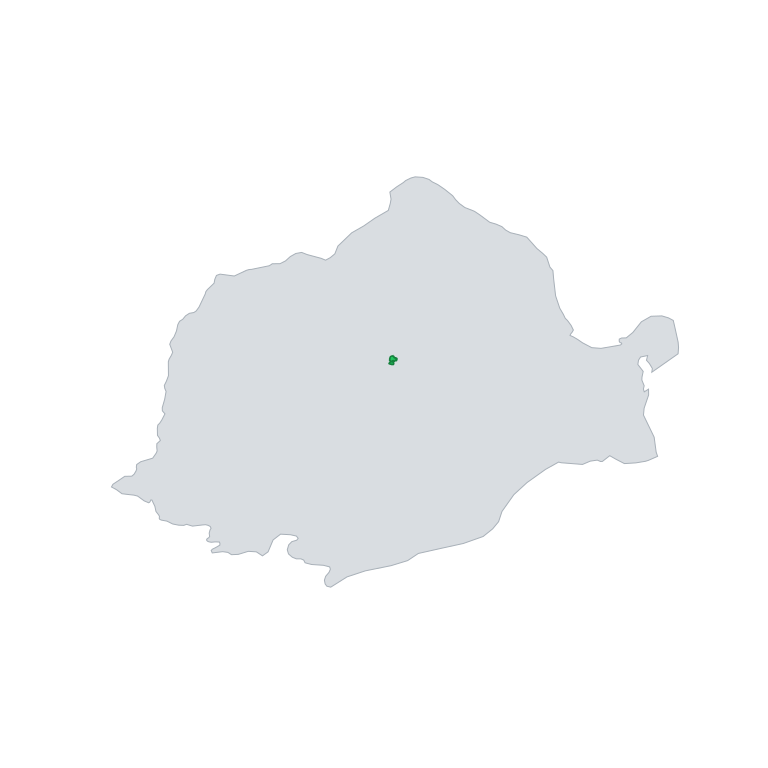 Ulies, Harghita, Romania (highlighted), rotated 337°
{"feature_id": "2599482B10637984769645", "entity_name": "Ulies", "entity_type": "district", "adm_level": 2, "iso_a3": "ROU", "parent_name": "Romania", "parent_adm1": "Harghita", "projection": "natural_earth1", "projection_center": [25.262, 46.196], "detail": "fine", "context": "in_parent", "style": "filled", "palette": "green", "viewbox_px": 768, "rotation_deg": 337, "n_neighbors": 0, "source": "geoboundaries", "source_scale": "gbopen_adm2", "svg_char_len": 5569}
<svg xmlns="http://www.w3.org/2000/svg" viewBox="0 0 768 768"><g transform="rotate(337 384 384)"><path d="M582.8,423.6L589.4,431.7L597.7,436.0L616.8,440.5L618.5,440.0L618.7,439.2L617.4,438.0L617.2,436.5L618.1,434.6L620.7,434.5L625.0,436.2L633.2,433.8L645.2,427.3L656.3,426.0L666.4,429.9L671.7,434.3L675.1,438.5L674.2,443.7L673.6,447.0L671.1,460.4L669.4,465.5L666.5,471.1L635.1,477.8L637.1,474.6L636.3,468.9L634.9,464.7L637.8,460.8L630.7,459.4L627.6,461.5L625.3,465.2L627.5,473.7L624.2,478.4L622.9,481.1L622.8,487.3L620.8,490.0L620.5,492.9L625.5,492.1L623.3,497.5L614.0,507.9L610.7,514.0L611.9,538.5L607.9,553.1L607.6,557.5L597.5,557.6L594.5,557.3L585.0,555.0L574.2,551.2L567.9,543.6L563.8,538.2L554.8,540.6L553.1,540.0L550.6,537.4L543.7,535.6L535.3,535.6L516.3,525.7L514.2,524.1L499.4,525.7L477.2,530.6L460.3,536.6L442.8,547.4L435.7,555.5L427.4,559.8L415.7,563.1L394.7,561.8L372.9,557.7L349.4,553.4L336.8,555.8L319.6,554.0L293.8,548.7L274.6,547.1L255.6,550.2L252.4,547.8L251.7,545.1L252.5,541.3L255.2,538.2L259.8,535.9L262.3,533.5L262.5,531.1L257.4,527.2L246.9,521.9L242.6,518.6L241.5,517.7L241.3,514.7L239.1,512.4L235.0,510.7L231.9,507.6L229.7,503.1L230.2,498.8L233.5,494.8L237.6,493.1L242.6,493.7L244.7,492.5L243.9,489.7L239.0,486.2L230.1,481.8L221.0,484.2L211.7,493.2L205.0,494.7L200.9,488.6L193.7,485.0L183.3,483.9L176.9,481.5L174.5,478.0L170.0,475.3L159.9,472.4L159.9,469.7L161.5,469.0L165.1,468.8L169.9,468.2L170.7,466.6L170.8,465.2L167.0,463.4L163.2,462.2L161.2,460.9L160.0,459.6L159.7,458.2L160.9,457.2L162.4,457.1L163.9,456.3L164.8,453.0L166.9,450.3L168.4,449.3L168.4,447.3L166.9,445.4L164.8,443.8L161.8,442.8L152.2,440.0L147.4,436.0L144.5,435.9L139.8,433.7L134.8,430.3L130.6,425.4L125.9,422.3L124.7,421.0L124.6,419.8L125.5,418.4L125.5,416.9L124.3,412.2L125.3,407.1L125.1,402.4L125.1,400.3L124.2,399.6L123.4,400.3L122.2,401.2L121.0,401.4L117.6,397.9L113.4,390.9L110.4,388.6L104.7,385.4L99.9,382.6L96.5,376.8L92.9,372.3L95.3,370.4L109.3,367.7L115.8,370.3L118.7,369.4L121.6,367.3L123.2,365.6L123.5,363.8L124.9,361.5L129.7,360.5L142.1,361.9L147.2,358.7L149.0,357.0L150.2,353.2L151.6,350.2L156.1,348.6L156.1,345.8L155.4,342.8L158.1,336.1L159.8,333.4L162.3,332.4L165.4,330.3L170.7,325.9L169.5,322.1L170.6,319.2L176.2,312.3L180.5,305.7L180.5,302.4L181.2,299.5L184.9,296.3L188.8,292.2L194.2,279.2L196.0,277.1L199.4,274.6L201.9,272.2L202.3,263.7L204.7,261.2L209.2,258.5L213.7,254.1L217.4,248.8L220.3,246.4L224.0,245.8L228.0,243.7L232.5,242.9L236.9,243.9L239.6,243.4L243.8,240.9L254.6,231.3L256.1,229.4L258.3,228.1L267.0,224.8L269.2,221.5L272.2,218.6L276.0,218.8L288.4,226.1L301.8,225.6L304.3,225.9L305.1,226.1L306.7,226.7L324.5,230.3L327.3,229.9L328.0,229.6L335.2,232.6L341.5,232.2L347.5,230.1L353.8,229.4L359.6,230.7L363.9,234.9L375.3,243.8L378.6,247.2L383.9,246.7L389.6,245.0L395.5,239.0L413.4,232.2L427.1,230.6L440.4,227.8L455.8,225.9L460.3,220.3L462.7,216.6L464.4,209.6L472.7,207.5L480.6,206.1L483.4,205.2L489.2,204.9L493.6,205.5L500.5,209.0L505.4,213.3L507.4,216.8L511.5,221.6L515.9,228.5L520.8,237.6L521.9,242.2L523.8,247.2L527.4,253.2L534.3,259.9L535.3,261.2L538.4,266.0L544.5,276.4L549.6,280.6L554.0,285.2L556.1,289.8L559.3,294.0L566.7,299.5L572.8,304.6L577.7,319.1L581.1,325.7L583.3,330.8L582.4,341.2L583.8,345.6L581.2,353.6L576.4,369.9L575.4,382.9L576.3,389.9L576.5,394.3L577.7,397.2L579.1,403.1L579.4,408.3L577.6,409.7L575.2,411.0L574.2,412.0L576.5,414.4L579.7,418.7L582.8,423.6Z" fill="#d9dde1" stroke="#a8b0b8" stroke-width="1"/><path d="M405.2,366.8L405.3,366.6L405.4,366.4L405.5,366.0L405.6,365.9L405.8,365.9L405.8,365.6L405.7,365.5L405.5,365.4L405.4,365.4L405.5,365.3L405.6,365.2L405.3,364.9L405.1,364.8L405.2,364.7L405.1,364.4L404.9,364.3L404.3,364.4L404.2,364.1L404.1,363.9L404.0,363.7L403.9,363.7L403.8,363.8L403.7,363.7L403.8,363.6L403.7,363.5L403.7,363.4L403.7,363.2L403.6,362.9L403.6,362.7L403.5,362.3L403.4,362.3L403.3,362.2L403.2,362.1L403.1,361.9L403.3,361.9L403.2,361.8L403.2,361.6L402.8,361.7L402.7,361.7L402.4,361.5L402.3,361.3L402.2,361.3L401.9,361.3L401.7,361.3L401.3,361.3L401.2,361.3L400.9,361.3L400.7,361.4L400.4,361.5L400.2,361.7L400.0,361.9L400.0,362.0L399.9,362.2L399.7,362.3L399.7,362.5L399.4,362.7L399.4,362.8L399.3,363.0L399.2,363.0L399.2,363.3L399.1,363.5L398.9,363.7L398.8,363.8L398.7,363.8L398.6,364.0L398.4,364.2L398.4,364.3L398.4,364.5L398.5,364.7L398.5,364.8L398.7,365.0L398.8,365.0L398.9,365.3L399.0,365.3L399.0,365.5L399.1,365.8L399.1,366.0L399.3,366.1L399.2,366.3L399.4,366.3L399.5,366.3L399.3,366.4L399.2,366.4L398.8,366.3L398.7,366.2L398.4,366.3L398.0,366.3L397.9,366.3L397.9,366.5L397.6,366.6L397.5,366.8L397.4,366.9L397.2,366.9L396.9,366.8L396.7,366.9L396.6,367.2L396.6,367.3L396.8,367.5L397.0,367.7L397.1,367.8L397.3,367.9L397.3,368.0L397.5,368.1L398.0,368.4L398.0,368.5L398.3,368.6L398.4,368.8L398.5,368.9L398.8,368.9L398.8,369.0L399.0,369.2L399.0,369.3L399.3,369.4L399.8,369.5L400.0,369.7L400.3,369.7L400.5,369.6L400.7,369.4L400.8,369.3L400.8,369.2L401.0,369.0L401.0,368.9L401.0,368.7L400.9,368.6L401.0,368.4L401.0,368.2L401.2,367.9L401.3,367.7L401.2,367.5L401.0,367.3L400.9,367.3L400.9,367.2L400.7,367.1L400.4,366.9L400.8,366.6L400.9,366.4L400.9,366.2L400.9,365.9L401.0,365.9L401.1,366.0L401.3,366.0L401.5,366.0L401.8,366.1L401.8,366.3L401.7,366.4L401.6,366.5L401.4,366.7L401.4,366.8L401.4,367.0L401.5,367.3L401.8,367.4L402.0,367.3L402.2,367.2L402.3,367.2L402.5,367.2L402.9,367.0L403.0,366.9L403.1,367.0L403.3,366.9L403.5,367.0L403.8,367.0L404.0,367.1L404.0,366.9L404.2,367.0L404.3,367.1L404.5,367.1L404.8,367.2L405.0,367.0L405.1,366.9L405.2,366.8Z" fill="#22c55e" stroke="#15803d" stroke-width="1.5"/></g></svg>